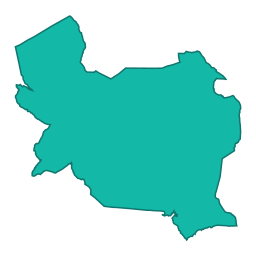 the district of Paracho, Michoacán, Mexico
{"feature_id": "50627088B94256811005465", "entity_name": "Paracho", "entity_type": "district", "adm_level": 2, "iso_a3": "MEX", "parent_name": "Mexico", "parent_adm1": "Michoacán", "projection": "natural_earth1", "projection_center": [-102.089, 19.654], "detail": "fine", "context": "isolated", "style": "filled", "palette": "teal", "viewbox_px": 256, "rotation_deg": 0, "n_neighbors": 0, "source": "geoboundaries", "source_scale": "gbopen_adm2", "svg_char_len": 5678}
<svg xmlns="http://www.w3.org/2000/svg" viewBox="0 0 256 256"><path d="M236.8,225.8L236.7,225.3L236.4,224.9L235.9,220.1L235.3,217.3L233.9,216.2L233.6,215.3L232.5,215.2L232.0,214.4L231.7,214.4L231.1,213.5L230.7,213.2L229.3,213.0L229.1,212.8L228.9,212.9L226.9,212.6L225.3,212.0L223.9,210.3L220.5,205.1L219.5,203.2L218.7,199.5L217.9,198.8L217.2,198.8L216.5,198.4L215.8,197.7L215.3,196.7L215.3,195.0L215.6,192.9L216.2,191.3L220.1,176.8L222.2,158.5L223.4,157.9L234.4,150.7L234.4,149.4L233.9,148.3L234.1,147.7L235.1,146.7L235.1,146.1L235.0,144.9L235.1,144.1L235.7,143.3L236.8,143.4L237.1,142.6L237.5,142.5L238.4,142.0L238.7,141.3L238.8,140.4L239.2,139.8L240.0,139.4L240.2,139.0L240.6,131.4L240.2,124.8L239.8,122.2L239.6,117.7L239.4,116.9L239.1,114.5L239.3,113.5L239.9,112.4L239.7,111.0L240.0,109.8L240.6,108.9L240.6,106.8L240.4,105.3L239.3,102.6L238.6,101.6L235.9,99.1L235.2,98.4L233.9,96.3L233.1,95.7L232.6,95.6L230.3,96.7L228.4,97.2L227.2,97.3L226.8,97.6L224.3,97.8L224.1,97.6L223.3,97.6L223.2,96.8L223.0,96.3L222.0,96.3L221.9,95.5L221.0,94.9L219.2,95.1L216.4,94.0L214.7,92.1L214.1,91.7L214.0,91.3L214.2,89.5L214.0,89.4L214.0,89.1L213.8,88.9L213.8,88.5L213.3,88.4L213.8,83.0L214.2,81.4L215.2,80.4L215.6,79.6L216.1,79.2L216.5,78.5L216.8,78.4L217.4,78.7L223.9,79.0L225.0,79.1L225.4,79.4L225.9,79.3L224.3,77.3L223.7,76.8L223.1,76.0L219.2,73.3L216.2,71.5L216.4,70.0L215.7,69.9L214.2,68.1L213.7,67.8L211.6,67.6L210.1,65.3L209.5,64.7L208.0,63.5L206.2,62.7L204.3,58.5L203.3,57.1L201.9,55.7L200.2,52.8L199.2,51.7L198.7,51.5L198.1,51.6L197.6,51.1L197.1,51.1L196.0,51.6L195.1,52.3L193.8,52.1L191.9,52.6L188.7,52.1L186.2,51.4L184.4,53.5L178.5,53.4L178.6,56.2L179.3,60.2L180.0,62.2L172.2,64.9L166.9,66.2L162.1,68.2L154.0,68.3L125.6,68.1L119.0,73.7L110.9,78.9L98.7,72.8L95.8,70.9L94.4,72.2L93.8,72.0L93.3,72.4L91.7,72.2L87.1,72.1L85.9,71.1L84.8,70.0L84.9,69.4L83.8,66.6L82.8,65.4L82.1,64.3L80.6,63.1L80.3,61.4L81.0,60.3L81.1,58.6L81.4,57.4L82.0,56.2L82.4,53.6L83.2,52.9L82.9,52.0L83.5,50.7L84.0,49.3L84.2,49.0L84.7,48.9L85.5,47.3L85.0,43.0L83.8,41.6L83.5,41.1L82.5,37.7L82.5,36.5L81.8,35.2L81.7,34.0L81.4,33.6L81.4,32.8L80.6,32.8L79.7,31.5L79.3,30.6L78.7,28.6L78.9,28.0L78.8,26.5L77.8,24.5L76.7,23.2L76.3,22.2L75.7,21.5L73.9,20.4L72.8,18.8L71.7,17.5L70.5,16.4L69.7,16.0L51.7,26.1L34.7,36.4L30.9,38.5L28.7,39.5L20.5,44.5L18.5,45.5L15.4,46.7L19.0,63.4L21.3,74.7L21.6,75.3L22.7,76.1L23.0,77.1L23.1,79.1L23.8,80.4L25.1,83.4L27.5,84.9L27.9,86.0L29.1,87.5L30.1,88.5L31.7,89.4L32.5,90.5L29.7,89.5L28.7,89.0L26.3,87.0L25.1,86.6L23.7,85.8L23.4,85.9L22.9,86.7L22.4,86.7L20.3,84.5L18.9,85.3L16.4,84.8L16.4,86.7L18.2,89.0L19.0,89.5L19.0,89.8L19.0,90.3L17.8,91.7L17.6,92.7L17.5,93.6L15.7,95.7L15.5,96.2L15.6,97.8L16.1,98.4L16.4,99.2L16.7,101.1L17.2,102.4L18.4,103.9L19.7,104.3L19.6,105.2L19.9,106.0L20.5,106.7L23.0,107.9L25.7,109.7L26.5,109.7L27.0,109.3L27.4,109.3L27.6,109.8L27.6,111.4L29.9,111.5L30.7,112.8L31.6,112.9L32.4,113.8L34.2,115.3L35.3,117.3L37.5,119.1L38.8,119.3L39.2,119.8L41.4,121.2L41.7,121.6L42.8,121.8L43.0,122.3L44.4,123.2L45.7,123.7L47.9,124.4L50.3,124.6L48.2,128.4L47.0,129.3L45.5,129.9L43.5,132.0L42.7,135.2L41.9,137.2L41.1,138.2L38.5,143.4L38.1,143.6L36.5,143.5L35.7,144.0L34.7,145.2L34.6,147.2L34.1,148.1L34.1,149.8L33.8,150.3L33.9,150.7L34.8,150.9L35.2,151.3L35.5,152.1L35.6,153.1L35.7,153.5L35.6,154.2L36.2,155.2L36.7,156.4L39.3,159.0L39.5,159.6L41.1,159.8L41.1,160.6L40.6,161.0L40.1,160.8L40.0,161.5L39.6,162.3L38.2,163.3L37.4,164.5L37.4,164.9L36.3,165.5L35.7,167.1L35.2,167.4L35.0,168.1L34.7,167.9L34.4,168.7L34.3,169.5L32.8,171.2L32.6,171.8L32.1,172.6L32.1,172.9L32.3,173.4L32.1,174.1L32.2,175.7L34.0,176.2L37.7,174.0L39.7,174.2L40.3,174.5L44.2,171.1L46.4,170.4L51.4,171.6L54.6,172.9L55.2,173.0L55.9,172.8L57.2,171.7L58.2,171.4L62.3,169.1L67.5,165.2L68.8,163.8L69.5,163.7L70.1,164.1L71.3,162.6L71.6,163.2L71.8,164.1L71.6,166.5L71.7,168.1L71.9,168.8L73.0,170.6L72.9,171.1L73.3,171.5L73.4,172.6L73.9,172.6L74.2,174.4L75.0,175.5L76.3,176.7L77.6,178.2L79.9,178.8L81.3,179.7L81.9,179.6L82.7,179.1L82.8,178.9L84.0,179.5L84.0,180.1L84.6,181.2L84.7,182.0L85.3,183.4L84.8,184.0L85.9,184.9L87.1,185.5L89.0,186.9L90.3,188.7L90.7,189.6L90.9,190.7L90.8,192.9L90.6,194.4L94.7,197.5L104.2,206.3L113.5,207.4L115.8,207.4L131.1,208.7L147.4,210.3L149.4,210.2L153.2,210.6L160.3,210.9L163.8,211.4L164.3,211.7L164.8,213.0L164.8,213.6L164.4,214.5L163.9,214.9L162.6,214.6L162.2,214.1L162.5,215.0L164.5,215.9L167.7,214.9L167.8,214.9L168.3,215.8L168.5,215.6L170.4,215.7L170.9,215.3L171.1,214.6L171.2,214.4L171.5,214.4L171.9,214.1L171.8,213.3L172.1,213.2L172.8,213.3L173.1,213.0L172.9,212.6L173.3,212.0L173.5,212.3L173.7,212.2L173.6,211.6L173.9,211.1L174.0,212.0L175.2,212.3L175.0,212.8L175.1,213.1L174.9,213.6L174.9,213.9L175.0,214.4L175.6,214.6L175.3,215.0L176.2,214.7L176.1,214.1L176.9,214.2L177.1,214.5L177.1,214.8L176.7,215.0L176.6,215.3L177.2,215.6L177.2,216.0L177.0,216.4L176.7,216.5L176.4,216.5L175.1,215.5L174.3,215.7L172.1,218.3L172.8,219.4L172.8,220.1L173.5,222.7L173.9,223.5L177.6,225.8L178.0,226.4L178.0,227.2L178.2,228.1L178.6,228.7L178.9,230.2L179.4,230.7L180.5,231.3L180.5,233.0L182.3,234.4L182.6,235.0L184.3,236.9L184.5,237.9L185.7,238.4L186.6,240.0L187.2,239.5L187.6,238.0L191.0,236.2L192.0,236.4L192.5,236.2L192.8,235.9L192.8,235.5L193.3,234.7L194.1,234.0L194.6,233.8L195.0,234.1L195.0,233.6L196.9,230.9L199.4,229.6L201.2,229.9L201.6,230.2L201.9,229.4L202.6,229.1L203.5,229.4L204.0,228.7L205.3,228.1L205.8,228.3L206.6,227.8L207.1,227.8L207.5,227.9L207.9,227.7L208.3,227.1L209.8,226.7L210.4,227.0L210.6,227.5L211.5,227.6L212.0,227.4L213.5,226.2L215.5,225.6L217.4,225.2L226.4,225.7L229.5,226.2L231.1,225.9L231.9,226.0L236.8,225.8Z" fill="#14b8a6" stroke="#0f766e" stroke-width="1.5"/></svg>